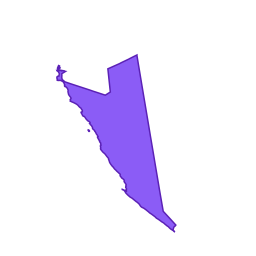 the district of Sveitarfélagið Garður, Suðurnes, Iceland, rotated 209°
{"feature_id": "244011B4203273652382", "entity_name": "Sveitarfélagið Garður", "entity_type": "district", "adm_level": 2, "iso_a3": "ISL", "parent_name": "Iceland", "parent_adm1": "Suðurnes", "projection": "equal_earth", "projection_center": [-22.614, 64.036], "detail": "fine", "context": "isolated", "style": "filled", "palette": "violet", "viewbox_px": 256, "rotation_deg": 209, "n_neighbors": 0, "source": "geoboundaries", "source_scale": "gbopen_adm2", "svg_char_len": 5271}
<svg xmlns="http://www.w3.org/2000/svg" viewBox="0 0 256 256"><g transform="rotate(209 128 128)"><path d="M210.1,147.2L211.1,146.9L211.4,147.1L214.8,145.9L214.5,145.7L215.1,145.6L215.2,145.4L215.7,145.3L215.8,145.2L216.1,145.3L216.4,145.1L216.7,145.3L217.6,146.2L217.8,147.3L217.0,147.3L216.9,147.1L216.6,147.1L216.6,147.7L217.0,147.7L217.0,147.4L217.8,147.4L218.0,148.6L217.8,148.8L217.8,149.0L218.4,149.1L219.0,149.0L218.7,146.1L217.5,144.9L216.7,144.6L216.4,144.2L216.9,144.0L218.1,143.8L218.0,143.7L217.6,143.6L217.2,143.6L216.1,143.4L215.6,143.0L214.4,142.3L214.1,141.4L213.6,139.9L213.9,139.7L214.2,139.6L214.5,139.2L214.9,138.2L214.6,137.6L214.4,137.2L213.9,136.7L213.3,136.3L213.3,135.7L213.2,135.5L212.7,135.5L211.8,135.9L210.4,136.8L210.0,136.9L209.4,137.0L207.3,137.0L207.0,136.9L206.4,136.6L205.5,136.1L205.4,135.9L204.5,135.2L204.2,135.1L204.0,134.9L204.0,134.6L204.0,134.1L203.5,133.8L203.1,133.7L202.2,133.9L201.7,133.8L200.1,133.2L198.8,132.1L198.5,131.7L198.2,130.8L197.8,130.3L197.1,129.5L196.9,129.3L196.2,128.5L195.5,128.1L194.4,127.6L192.8,126.9L192.1,126.1L192.1,125.7L192.3,125.4L192.3,124.7L191.9,124.4L191.8,124.2L191.6,123.5L191.1,123.5L190.6,123.7L189.8,123.6L188.5,123.8L186.6,123.9L184.4,123.9L182.7,123.6L181.8,123.2L180.2,122.7L179.0,122.6L177.4,121.7L176.5,121.3L176.4,121.2L176.3,120.9L175.8,120.0L176.7,119.2L176.6,118.8L176.4,118.7L175.9,118.3L175.0,117.8L174.0,117.1L173.7,116.8L173.1,116.7L172.6,116.6L172.3,116.8L172.0,116.9L171.6,116.8L171.0,116.6L170.4,116.3L170.2,116.2L169.7,115.9L169.1,115.6L168.6,115.4L168.3,115.3L167.9,115.2L167.6,115.1L167.4,115.0L167.2,114.9L166.9,114.8L166.5,114.8L165.4,114.8L164.6,114.7L164.3,114.6L163.9,114.4L163.7,114.1L163.5,113.6L163.7,113.4L163.2,113.2L162.9,112.9L162.7,112.7L161.9,112.6L161.5,112.5L161.0,112.3L160.3,111.9L159.4,111.3L159.0,110.8L158.8,110.4L158.4,110.2L158.0,110.0L157.4,109.9L157.0,109.8L156.7,109.8L156.2,109.6L155.8,109.4L155.6,109.1L155.1,108.9L154.5,108.7L153.9,108.3L153.0,107.6L152.5,107.3L152.0,107.2L151.3,106.8L150.8,106.4L150.1,106.1L149.9,105.9L150.0,105.6L150.3,105.3L150.2,105.1L149.8,104.8L149.1,104.4L148.9,104.2L148.6,104.1L148.2,104.0L148.1,103.7L147.7,103.4L147.3,103.3L146.8,103.2L146.5,103.0L146.4,102.7L146.3,102.3L146.0,102.1L145.5,102.0L145.1,101.9L144.7,101.7L144.4,101.4L144.3,100.9L144.2,100.7L143.8,100.4L143.4,100.1L143.2,99.6L143.5,99.0L143.3,98.8L143.1,98.4L142.7,98.1L142.5,97.7L142.1,97.3L142.1,97.1L142.1,96.9L142.0,96.6L141.7,96.2L140.3,95.5L139.6,95.3L139.2,95.1L138.8,94.9L138.0,94.7L137.3,94.5L136.4,94.4L135.8,94.2L135.2,94.0L134.3,93.6L133.6,93.3L132.8,92.9L132.2,92.7L131.5,92.4L130.6,92.1L129.9,91.5L129.8,91.3L129.7,91.0L129.2,90.7L128.8,90.4L128.0,89.6L127.6,89.2L127.1,88.8L126.3,88.4L125.8,88.1L125.0,87.7L124.2,87.4L123.4,87.0L122.7,86.8L121.6,86.5L121.2,86.3L120.7,86.0L120.3,85.8L119.3,85.5L118.3,85.3L116.9,84.8L115.9,84.6L114.7,84.3L114.0,84.1L113.2,84.0L112.4,83.7L112.1,83.4L112.1,83.0L112.1,82.9L111.8,82.6L111.6,82.4L111.3,82.1L110.7,81.9L110.0,81.6L109.6,81.5L109.5,81.3L109.3,81.2L109.2,81.2L108.2,81.1L107.6,81.0L107.2,81.0L106.9,80.9L106.5,80.8L106.2,80.5L105.8,80.1L105.5,79.9L105.5,79.7L105.4,79.2L105.0,79.0L104.3,78.7L103.3,78.2L102.9,78.0L102.4,77.7L102.1,77.5L102.0,77.3L102.0,77.0L101.9,76.7L101.8,76.3L101.6,76.2L101.4,75.9L101.5,75.7L101.4,75.2L101.2,75.0L101.1,74.8L100.8,74.7L100.7,74.6L100.1,74.3L99.9,74.2L99.7,73.8L99.6,73.6L99.5,73.4L99.8,73.1L99.8,72.8L99.6,72.6L99.4,72.5L99.1,72.4L98.9,72.2L98.7,72.1L98.7,71.9L98.9,71.6L99.0,71.6L99.3,71.5L101.3,71.8L103.3,71.6L103.2,71.4L101.5,71.6L100.5,71.3L99.5,70.8L99.1,70.5L98.8,70.3L98.4,70.1L97.8,69.9L97.1,69.7L96.2,69.4L95.3,69.2L94.6,69.0L93.9,68.9L93.4,68.8L93.0,68.7L92.7,68.6L92.2,68.6L91.2,68.6L90.6,68.6L90.0,68.5L88.4,68.2L86.9,67.9L86.1,67.8L85.7,67.7L85.4,67.6L84.9,67.6L84.1,67.5L83.5,67.4L83.2,67.3L82.5,67.2L81.8,67.0L81.0,66.7L80.4,66.4L80.1,66.2L79.6,66.0L79.3,65.8L79.1,65.7L78.7,65.6L78.3,65.5L77.9,65.4L77.3,65.4L76.8,65.4L76.0,65.5L75.3,65.5L74.4,65.4L73.6,65.3L72.8,65.2L72.0,65.1L71.1,64.9L70.5,64.8L69.8,64.7L69.3,64.6L68.6,64.4L68.2,64.3L67.7,64.2L67.4,64.2L66.8,64.2L66.3,64.1L65.7,64.1L65.0,64.0L64.4,63.9L63.6,63.8L62.9,63.7L62.2,63.6L61.4,63.5L60.7,63.3L60.1,63.1L59.3,62.9L58.4,62.9L57.9,62.9L57.1,62.8L56.4,62.8L55.9,62.7L54.9,62.6L54.2,62.5L53.1,62.3L52.5,62.3L52.0,62.3L51.5,62.3L50.9,62.2L50.5,62.2L49.0,61.8L47.8,61.6L46.8,61.4L46.1,61.3L45.2,61.3L44.4,61.1L43.9,60.9L43.5,60.8L43.2,60.7L42.8,60.6L42.4,60.5L41.8,60.4L41.2,60.3L40.3,60.3L39.7,60.2L38.8,60.2L38.5,60.2L38.3,60.1L37.9,59.9L37.7,59.9L37.2,59.8L37.2,60.0L37.7,60.2L38.0,60.3L38.6,60.4L39.0,60.6L39.3,61.1L39.6,62.4L39.7,62.8L39.8,63.4L39.7,63.9L39.5,64.8L39.2,65.2L39.1,66.3L48.3,69.4L56.8,72.2L68.5,86.7L89.4,112.9L90.1,113.8L94.0,118.7L104.8,132.2L109.4,138.0L138.0,173.9L143.0,180.2L150.4,189.5L155.3,195.7L155.6,196.2L158.5,192.0L161.6,187.4L164.6,183.2L165.8,181.5L166.4,180.5L174.3,170.0L160.9,150.9L162.5,148.0L163.8,145.7L176.7,143.2L179.7,142.7L200.5,138.7L205.5,137.8L209.0,138.5L210.0,139.5L210.6,140.4L211.2,141.7L212.2,143.3L211.9,144.0L211.2,145.2L210.1,147.2ZM161.9,107.1L161.9,106.9L161.7,106.9L160.8,106.1L160.4,106.1L160.2,106.3L160.2,106.7L160.8,107.1L161.2,107.2L161.9,107.1Z" fill="#8b5cf6" stroke="#5b21b6" stroke-width="1.5"/></g></svg>